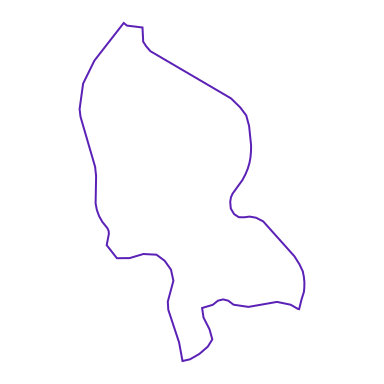 Territoire de Belfort, Albers equal-area conic projection
{"feature_id": "FRA-5348", "entity_name": "Territoire de Belfort", "entity_type": "Metropolitan department", "adm_level": 1, "iso_a3": "FRA", "parent_name": "France", "parent_adm1": "", "projection": "albers", "projection_center": [6.973, 47.626], "detail": "fine", "context": "isolated", "style": "outline", "palette": "violet", "viewbox_px": 384, "rotation_deg": 0, "n_neighbors": 0, "source": "natural_earth", "source_scale": "10m", "svg_char_len": 1057}
<svg xmlns="http://www.w3.org/2000/svg" viewBox="0 0 384 384"><path d="M248.4,306.9L233.5,304.7L228.3,300.7L223.1,299.4L217.9,300.7L212.8,304.8L202.1,308.0L203.5,317.5L209.5,329.3L212.3,339.4L207.9,346.5L199.4,353.9L190.0,359.3L182.5,361.0L179.1,342.5L168.3,309.8L167.8,301.6L173.4,280.8L171.0,269.7L164.7,260.8L156.5,254.7L143.4,254.0L129.6,258.1L116.9,258.2L106.7,245.2L108.9,233.7L108.6,230.9L107.4,228.2L102.2,221.7L99.1,216.1L96.9,210.1L95.6,203.5L96.1,176.1L95.1,166.8L80.5,116.7L79.6,109.1L83.1,83.6L94.4,60.6L123.7,23.0L127.0,25.6L142.5,27.5L143.2,41.7L146.2,46.3L150.4,51.2L231.0,98.4L240.2,107.4L246.2,115.4L249.1,126.0L251.1,145.5L251.0,151.2L250.5,157.2L249.5,162.8L247.8,168.6L245.4,174.4L242.4,180.1L232.6,193.6L231.0,197.2L230.2,201.8L230.8,208.6L234.1,214.1L238.8,217.2L244.1,217.3L249.7,216.6L256.0,217.7L263.2,221.4L294.5,256.4L299.5,264.4L302.8,271.4L303.9,277.1L304.4,282.4L304.3,287.8L303.9,291.9L301.6,299.2L299.2,308.9L299.1,309.2L298.1,309.0L290.6,304.7L277.0,301.9L248.4,306.9Z" fill="none" stroke="#5b21b6" stroke-width="2"/></svg>